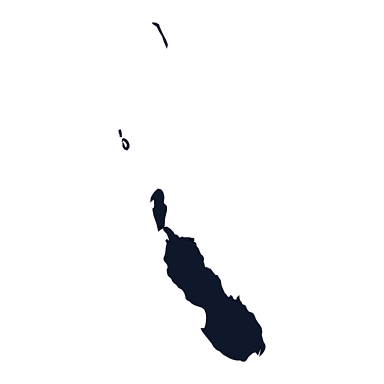 the border of North Solomons
{"feature_id": "PNG-1245", "entity_name": "North Solomons", "entity_type": "Province", "adm_level": 1, "iso_a3": "PNG", "parent_name": "Papua New Guinea", "parent_adm1": "", "projection": "natural_earth1", "projection_center": [155.03, -5.041], "detail": "fine", "context": "isolated", "style": "filled", "palette": "ink", "viewbox_px": 384, "rotation_deg": 0, "n_neighbors": 0, "source": "natural_earth", "source_scale": "10m", "svg_char_len": 3615}
<svg xmlns="http://www.w3.org/2000/svg" viewBox="0 0 384 384"><path d="M262.1,339.2L262.6,341.3L264.5,344.9L264.8,347.2L264.3,349.3L263.2,351.4L261.8,353.3L260.4,354.7L261.3,350.5L261.4,348.2L260.7,347.2L260.0,348.1L257.7,354.0L255.8,351.5L252.8,352.3L249.9,354.6L247.9,356.6L246.0,359.6L245.0,360.6L243.3,361.0L242.4,360.8L241.0,359.9L240.0,359.7L236.5,359.7L233.1,358.9L229.6,357.5L223.5,354.0L220.1,350.8L219.4,350.3L218.1,349.9L216.6,348.9L214.2,346.5L213.5,345.5L212.5,343.4L202.9,331.3L201.7,328.8L203.2,328.9L203.8,329.0L204.4,329.5L205.8,326.3L206.6,322.1L206.9,317.6L206.6,313.7L205.1,309.4L202.4,307.1L194.5,304.4L191.6,302.5L189.9,300.8L188.1,300.0L187.3,299.5L186.5,298.6L186.3,298.0L186.0,296.0L184.8,292.3L183.4,290.5L183.2,290.0L182.6,289.2L178.9,287.2L176.6,284.2L174.6,282.7L173.5,281.6L172.6,280.4L172.3,279.3L171.6,278.0L168.6,275.4L167.9,273.6L167.8,272.6L167.5,270.8L167.4,269.8L167.9,268.9L168.3,268.1L168.4,267.0L168.0,265.0L167.2,263.5L165.2,261.3L164.6,260.1L164.3,259.4L164.2,258.8L164.4,257.9L165.8,254.1L166.7,246.3L167.3,244.4L167.5,242.7L166.3,241.1L166.3,240.5L166.6,240.3L166.6,240.2L166.9,239.9L168.3,241.4L169.0,241.7L169.5,241.1L169.7,239.6L169.3,238.2L168.7,236.9L168.4,235.8L167.5,233.7L164.0,229.8L164.2,227.8L166.8,227.4L170.1,229.5L173.0,232.7L174.5,235.4L175.8,235.2L177.3,236.0L178.6,237.6L179.4,239.2L179.9,238.3L180.5,238.0L181.2,238.1L182.1,237.3L183.0,237.8L184.1,238.0L189.4,238.0L190.3,238.3L189.7,239.2L189.7,239.9L190.6,240.4L191.0,239.9L191.3,239.1L191.9,238.6L193.1,238.6L193.5,239.0L193.5,239.7L193.5,240.5L193.0,241.5L192.9,242.1L193.3,242.4L194.9,243.0L195.1,243.0L195.6,244.2L195.9,246.3L198.0,249.0L199.7,253.3L200.9,255.3L201.3,255.6L201.9,255.9L202.2,256.2L202.8,257.4L203.1,257.8L203.3,258.7L202.8,261.9L203.5,263.4L204.2,266.8L204.9,268.3L206.2,267.8L207.4,268.3L208.8,269.1L210.2,269.5L214.1,274.5L214.3,274.9L214.6,275.3L215.3,275.8L215.6,275.9L216.5,275.7L216.9,275.8L217.4,276.3L218.3,278.0L219.4,279.5L220.1,280.8L220.9,285.6L221.2,286.6L223.9,292.9L227.9,297.7L228.4,297.9L229.4,297.7L230.1,297.0L230.8,296.0L231.8,296.7L232.3,298.1L233.2,299.7L234.9,300.5L236.9,300.2L237.3,299.2L237.5,297.8L238.7,296.7L238.7,297.3L238.5,297.7L238.4,298.1L238.6,298.5L239.2,299.2L238.9,300.2L240.9,302.4L241.7,304.5L242.3,305.0L243.1,305.4L243.9,305.5L244.7,305.9L245.4,307.0L246.3,309.2L247.2,310.7L248.2,311.9L249.4,312.7L250.9,313.0L252.6,313.8L253.8,315.8L255.5,320.0L257.3,322.7L259.2,325.2L260.8,327.9L261.5,331.3L261.4,332.4L261.1,334.2L261.0,335.1L261.2,336.2L261.9,338.3L262.1,339.2ZM166.3,207.6L166.2,210.5L164.2,219.0L164.0,225.0L163.3,227.5L161.5,228.5L161.9,226.6L160.7,227.1L160.2,228.2L159.7,229.5L158.7,230.4L157.3,224.0L154.1,214.9L153.8,212.4L153.2,210.2L153.2,208.9L154.1,208.3L154.6,207.6L154.9,206.1L154.8,201.1L154.4,199.2L153.3,198.8L151.1,200.8L151.6,197.7L153.4,194.3L155.9,191.3L158.1,189.4L160.7,190.0L162.5,192.4L163.4,195.6L163.6,198.2L163.1,201.0L163.1,202.4L163.6,203.9L164.4,204.7L165.2,205.3L165.9,206.0L166.3,207.6ZM159.5,28.2L161.4,32.5L165.4,40.3L167.1,44.7L166.7,46.5L164.4,41.1L162.8,36.2L159.8,31.3L157.3,26.2L152.5,23.0L155.8,23.5L158.4,24.9L159.5,28.2ZM123.8,138.9L126.0,140.0L127.7,142.0L128.7,144.6L128.7,147.2L127.0,149.6L124.8,148.8L123.2,146.4L123.2,144.0L123.7,144.9L124.4,147.0L124.9,147.7L125.8,148.4L126.3,148.3L127.3,146.9L127.7,144.7L126.5,142.5L124.7,140.6L123.2,139.6L123.0,139.8L122.9,140.0L122.7,140.2L122.8,139.5L123.0,139.2L123.8,138.9ZM120.5,136.4L120.2,134.5L119.5,132.5L119.2,130.8L120.0,130.1L120.5,131.0L120.9,132.7L121.1,136.4L120.5,136.4Z" fill="#0f172a" stroke="#020617" stroke-width="1.5"/></svg>